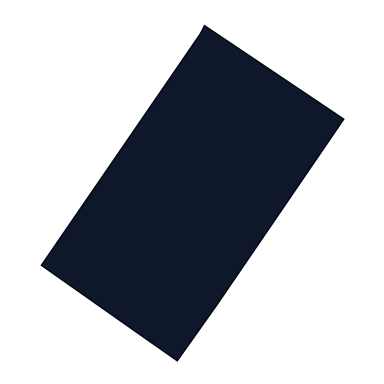 outline of Cumberland, Illinois, United States of America, rotated 305°
{"feature_id": "52423323B3228002830897", "entity_name": "Cumberland", "entity_type": "district", "adm_level": 2, "iso_a3": "USA", "parent_name": "United States of America", "parent_adm1": "Illinois", "projection": "albers", "projection_center": [-88.294, 39.275], "detail": "fine", "context": "isolated", "style": "filled", "palette": "ink", "viewbox_px": 384, "rotation_deg": 305, "n_neighbors": 0, "source": "geoboundaries", "source_scale": "gbopen_adm2", "svg_char_len": 275}
<svg xmlns="http://www.w3.org/2000/svg" viewBox="0 0 384 384"><g transform="rotate(305 192 192)"><path d="M115.1,277.1L338.7,274.5L335.4,106.9L326.3,108.1L45.6,110.7L45.3,241.1L45.3,276.7L47.5,276.7L115.1,277.1Z" fill="#0f172a" stroke="#020617" stroke-width="1.5"/></g></svg>